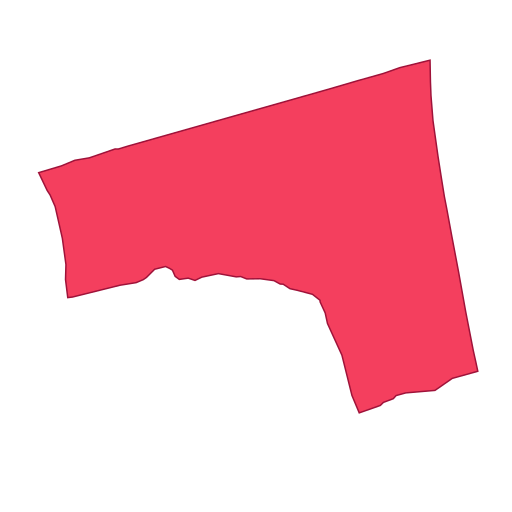 Iztapa, Escuintla, Guatemala, rotated 262°
{"feature_id": "79465075B85452841744981", "entity_name": "Iztapa", "entity_type": "district", "adm_level": 2, "iso_a3": "GTM", "parent_name": "Guatemala", "parent_adm1": "Escuintla", "projection": "natural_earth1", "projection_center": [-90.708, 13.973], "detail": "fine", "context": "isolated", "style": "filled", "palette": "rose", "viewbox_px": 512, "rotation_deg": 262, "n_neighbors": 0, "source": "geoboundaries", "source_scale": "gbopen_adm2", "svg_char_len": 1040}
<svg xmlns="http://www.w3.org/2000/svg" viewBox="0 0 512 512"><g transform="rotate(262 256 256)"><path d="M241.0,63.8L240.9,68.6L246.0,117.3L246.3,133.6L248.3,141.1L250.0,144.5L257.0,153.8L258.2,165.0L255.7,168.8L253.6,171.3L247.1,173.1L243.5,176.8L243.5,185.8L240.3,192.2L242.6,199.4L243.8,216.3L238.1,233.5L237.8,238.0L234.6,243.6L232.9,257.0L229.1,270.4L224.9,276.0L224.3,279.0L218.9,285.1L216.4,291.8L210.2,306.6L203.3,313.2L201.6,313.1L190.0,316.6L179.2,317.4L145.8,327.3L104.6,331.6L86.3,336.4L90.7,358.3L93.3,361.8L95.6,372.1L98.3,375.3L99.6,385.3L98.0,414.5L107.5,433.3L111.0,459.6L120.8,458.9L132.2,458.0L171.7,455.9L211.7,454.4L234.9,453.3L249.5,452.6L275.5,451.5L288.9,450.8L309.2,450.4L329.3,450.1L348.2,450.1L365.4,450.1L390.5,451.6L404.3,453.0L425.7,455.6L422.5,424.6L419.0,407.4L415.5,381.4L410.5,347.0L382.7,144.8L381.1,134.5L381.6,131.3L376.4,104.6L376.0,89.9L372.3,75.7L368.8,52.4L350.0,58.3L345.1,60.6L332.9,64.0L300.5,66.7L273.9,66.6L259.2,64.1L241.0,63.8Z" fill="#f43f5e" stroke="#9f1239" stroke-width="1.5"/></g></svg>